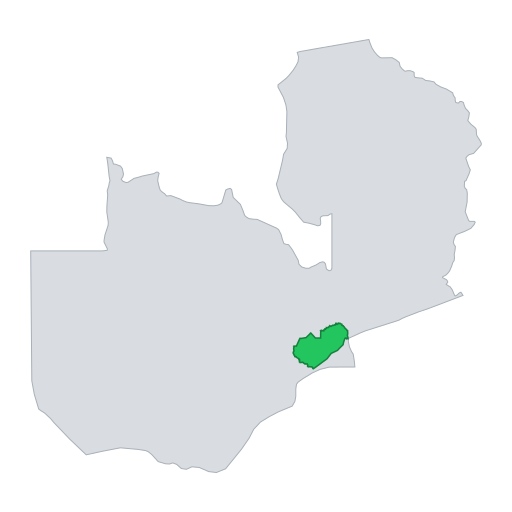 location of Rufunsa, Lusaka, Zambia
{"feature_id": "96606910B83885559265483", "entity_name": "Rufunsa", "entity_type": "district", "adm_level": 2, "iso_a3": "ZMB", "parent_name": "Zambia", "parent_adm1": "Lusaka", "projection": "robinson", "projection_center": [29.511, -15.164], "detail": "fine", "context": "in_parent", "style": "filled", "palette": "green", "viewbox_px": 512, "rotation_deg": 0, "n_neighbors": 0, "source": "geoboundaries", "source_scale": "gbopen_adm2", "svg_char_len": 8229}
<svg xmlns="http://www.w3.org/2000/svg" viewBox="0 0 512 512"><path d="M354.9,367.0L329.3,367.1L320.0,369.4L312.4,372.9L303.3,378.4L298.0,382.2L296.5,384.3L295.8,389.0L295.8,396.2L294.9,401.4L292.2,406.1L278.3,411.9L269.3,416.6L260.4,422.1L253.7,429.3L249.1,438.2L241.5,449.2L225.6,468.8L216.4,472.5L208.7,471.6L199.3,467.5L191.9,466.8L186.4,469.3L181.3,468.5L176.7,464.4L172.8,462.9L169.6,464.0L165.6,463.8L158.2,461.6L151.8,454.6L148.3,451.7L145.6,450.6L138.0,449.4L120.4,447.8L102.2,451.3L86.2,454.8L69.8,439.2L54.0,422.7L50.6,418.6L44.6,413.0L40.3,410.3L38.7,409.0L34.3,394.3L31.8,380.8L30.7,250.9L102.6,250.9L107.2,250.3L107.4,248.9L104.0,242.0L104.2,239.5L105.0,234.8L108.1,225.4L108.3,222.3L106.8,212.0L106.9,206.3L107.7,194.8L107.2,190.9L108.8,185.7L109.4,182.2L110.0,180.7L109.2,176.8L107.7,163.0L106.8,157.3L111.1,158.1L112.6,161.0L113.4,164.0L115.4,164.2L120.5,166.1L122.3,168.6L123.5,174.1L122.8,176.9L121.2,179.2L122.8,181.2L126.2,182.6L128.2,182.2L134.0,178.4L139.3,177.0L142.0,176.1L153.9,173.6L156.3,172.2L157.9,172.2L159.1,173.3L158.1,177.2L157.7,180.7L159.2,187.2L160.3,190.3L162.8,192.5L164.6,193.7L166.6,196.0L170.8,195.6L179.9,199.0L182.7,200.5L186.5,202.0L189.2,202.6L198.6,203.8L208.5,205.6L213.6,205.8L217.3,205.3L219.8,204.4L221.4,203.3L222.1,202.4L225.8,190.0L227.7,189.0L230.2,188.4L231.6,189.5L233.2,197.4L240.4,204.4L242.9,210.4L244.7,215.5L246.2,216.9L249.0,218.6L253.3,219.2L257.2,219.4L276.5,228.1L278.6,229.6L281.0,234.3L282.4,239.5L283.9,243.6L286.4,244.4L288.6,244.7L290.8,247.6L292.5,250.0L298.2,260.3L299.0,264.3L301.8,267.0L305.6,268.2L309.0,268.3L311.0,267.1L316.0,265.0L319.8,262.6L322.6,261.8L324.3,262.3L325.5,264.0L326.4,269.0L329.1,270.8L331.1,270.1L331.9,268.1L331.9,267.1L331.9,213.7L330.1,214.1L327.9,215.6L322.8,215.8L320.8,216.9L320.2,218.6L320.6,220.8L320.7,223.8L320.0,225.3L317.7,225.8L314.5,224.7L308.6,223.1L303.7,222.2L300.2,218.2L295.4,212.2L292.3,209.1L284.8,202.8L283.5,201.6L281.3,198.6L279.3,193.6L277.4,187.8L276.4,184.1L278.2,178.5L282.6,160.0L283.6,154.2L287.2,148.4L287.5,143.1L286.0,136.4L286.4,132.7L286.9,111.5L285.9,104.8L283.4,97.4L278.0,87.1L278.0,84.9L286.3,78.2L288.8,75.6L293.2,70.2L296.1,65.6L298.0,61.8L298.6,57.0L297.2,52.4L300.1,51.5L368.9,39.5L369.9,42.7L372.0,48.0L374.4,51.8L377.3,55.2L379.8,57.3L381.5,57.9L392.1,57.7L395.9,59.8L399.2,62.4L400.1,66.4L402.2,69.0L404.6,71.0L405.6,71.2L407.3,70.7L410.2,70.7L412.8,71.6L414.1,72.4L414.2,75.8L415.0,77.4L418.6,77.9L422.2,78.2L425.7,80.5L429.6,80.9L434.0,81.9L436.0,84.3L440.7,86.9L446.5,89.1L452.8,92.9L452.9,94.1L454.0,96.3L455.1,97.9L455.2,100.2L455.7,102.4L457.3,102.9L458.6,103.0L459.9,101.5L461.6,101.5L463.4,102.5L464.1,105.0L465.5,108.4L467.8,110.7L469.4,112.9L468.8,116.9L467.8,120.6L471.0,124.3L475.1,127.7L476.2,129.3L476.5,134.4L477.1,136.1L479.9,140.4L481.3,143.3L481.2,144.9L473.6,153.4L469.0,154.7L467.0,156.4L465.8,158.2L468.7,166.6L470.3,169.8L469.0,173.9L466.0,180.7L464.6,181.3L464.3,186.4L465.2,188.3L466.7,189.8L467.3,193.3L467.1,202.0L465.2,211.8L468.6,220.4L469.7,221.4L474.4,221.4L475.2,222.2L474.1,224.6L470.8,228.4L464.8,231.3L456.3,234.6L454.5,237.7L453.3,242.2L454.2,244.9L455.4,246.4L455.0,250.4L454.2,254.5L454.5,257.8L454.1,260.7L453.0,262.1L451.5,266.5L449.6,270.9L448.1,272.9L446.0,275.0L442.6,276.8L442.6,277.7L446.5,279.7L447.5,281.1L447.8,282.1L446.2,284.3L448.0,285.6L450.1,286.8L452.2,289.7L454.5,295.2L454.9,295.8L455.6,295.8L456.8,295.2L459.2,293.0L460.9,292.2L463.0,295.4L427.2,309.0L418.8,311.8L406.3,316.6L402.2,318.4L398.9,320.2L365.6,330.8L360.4,332.9L348.6,338.3L348.3,339.2L348.4,341.7L349.4,346.8L351.5,351.5L353.2,354.1L354.3,361.0L354.9,367.0Z" fill="#d9dde1" stroke="#a8b0b8" stroke-width="1"/><path d="M293.9,346.2L294.0,346.6L293.9,346.7L294.1,346.8L294.0,347.1L294.0,347.3L293.8,347.6L293.7,348.0L293.7,348.3L293.6,348.6L293.7,348.8L293.7,349.1L293.8,349.4L293.8,349.5L293.7,349.6L293.7,349.8L293.8,350.0L294.0,350.8L294.0,351.0L293.8,351.4L293.7,351.4L293.7,351.5L293.5,351.8L293.4,351.9L293.3,352.0L293.3,352.3L293.2,352.5L293.3,352.6L293.3,353.0L293.4,353.3L293.3,353.5L293.5,353.7L293.5,353.8L293.7,354.0L293.8,354.2L293.9,354.3L293.9,354.6L294.0,354.6L294.2,354.9L294.2,355.0L294.3,355.4L294.5,355.5L294.7,355.9L294.7,356.1L294.8,356.2L294.8,356.3L294.8,356.5L295.0,356.7L295.3,356.4L295.5,356.5L295.9,356.7L296.0,356.9L296.1,357.0L296.3,356.9L296.5,357.2L296.6,357.3L297.0,357.7L297.2,357.9L297.5,358.0L297.8,358.2L298.0,358.2L298.1,358.3L298.3,358.4L298.4,358.7L298.5,358.8L298.8,359.0L298.7,359.1L298.9,359.6L299.1,359.6L299.3,359.7L299.5,359.5L299.6,359.9L299.5,360.1L299.6,360.3L299.6,360.5L299.3,360.6L299.3,360.8L299.5,360.9L299.5,361.0L299.6,361.3L299.6,361.6L299.4,361.9L299.5,362.1L299.8,362.2L300.0,362.2L300.2,362.3L300.4,362.4L300.5,362.4L300.5,362.5L300.7,362.4L301.1,362.4L301.5,362.5L301.6,362.4L301.9,362.3L302.0,362.3L302.3,362.2L302.4,362.3L302.7,362.5L302.9,362.4L303.1,362.6L303.3,362.6L303.5,362.6L303.6,362.9L303.6,363.0L303.9,363.2L304.0,363.4L304.6,363.9L305.0,363.7L305.3,363.8L305.3,363.7L305.5,363.7L305.6,363.8L305.6,364.0L305.8,364.1L306.2,363.9L306.6,363.9L306.8,364.0L306.9,363.9L307.2,363.9L307.3,364.4L307.3,364.5L307.5,364.8L307.8,365.0L307.7,365.4L307.6,365.6L307.6,365.8L307.5,366.2L307.6,366.3L307.6,366.2L307.8,366.3L308.2,366.4L308.3,366.4L308.6,366.6L308.8,366.6L309.0,366.7L309.6,366.7L309.9,366.8L310.0,366.7L310.4,366.8L310.5,366.8L310.9,366.9L311.2,366.8L311.3,366.9L311.6,366.9L311.9,366.9L312.2,367.0L312.3,367.2L312.4,367.4L312.4,367.6L312.5,367.8L312.7,367.7L312.8,367.7L313.1,368.3L313.4,368.4L313.4,368.5L313.1,368.7L313.2,368.8L315.2,367.5L321.6,362.8L321.8,362.6L325.8,359.7L327.1,358.7L331.2,353.4L337.5,350.4L339.5,348.2L340.7,347.0L343.0,344.8L343.1,344.7L343.7,341.9L344.8,338.7L345.2,338.1L345.3,338.1L345.6,338.2L345.8,338.3L345.8,338.2L346.0,338.1L346.2,338.3L346.2,338.2L346.3,338.2L346.3,338.3L346.5,338.4L346.7,338.6L346.8,338.5L347.0,338.5L347.2,338.4L347.3,338.4L347.4,338.5L347.5,338.4L347.6,338.5L347.7,338.4L347.8,338.5L348.0,338.6L348.0,338.3L347.8,337.9L347.9,337.7L348.0,337.6L348.0,337.3L347.6,336.6L347.6,335.9L347.5,335.6L347.3,335.2L347.4,334.9L347.6,334.5L347.7,334.1L347.6,333.7L347.7,333.4L347.7,333.2L347.8,333.0L347.6,332.3L347.6,332.2L347.7,331.7L347.4,330.9L347.5,330.7L347.2,330.6L346.9,330.5L346.8,330.3L346.8,330.1L346.8,329.8L346.6,329.7L346.5,329.4L346.3,329.2L345.9,329.1L345.7,329.0L345.5,328.7L345.2,328.5L345.1,328.1L344.5,327.7L344.5,327.4L344.3,327.2L344.2,326.9L344.1,326.7L343.9,326.6L343.7,326.5L343.4,326.2L343.3,325.8L342.8,325.7L342.7,325.7L342.5,325.4L342.1,325.5L341.9,325.4L341.9,325.2L342.0,325.0L342.0,324.9L341.7,324.1L341.4,324.1L340.8,323.9L340.5,323.7L340.1,323.5L340.0,323.3L339.5,323.5L339.3,323.3L338.9,323.3L338.7,323.1L338.4,323.1L338.2,323.1L338.1,323.5L338.1,323.8L337.5,324.1L337.4,323.9L337.2,323.9L337.1,324.0L336.9,324.4L336.7,324.4L336.4,323.9L336.3,323.3L335.9,323.2L335.7,323.4L335.6,324.0L335.6,324.5L335.3,324.6L335.2,324.7L335.1,324.9L334.8,324.8L334.7,324.8L334.6,325.1L334.4,325.2L334.1,325.1L333.9,325.2L333.7,325.4L333.4,325.4L333.3,325.2L333.2,325.2L332.9,325.2L332.9,325.3L332.5,325.3L332.1,325.7L331.9,325.9L331.6,326.1L331.4,326.0L331.1,326.3L330.9,326.4L330.6,326.2L330.2,325.9L329.8,326.4L329.7,326.4L329.5,326.5L329.4,326.3L329.3,326.6L329.1,326.8L328.7,326.9L328.7,327.0L328.4,327.2L328.4,327.4L328.3,327.6L328.1,327.6L327.9,327.5L327.5,327.5L327.4,327.5L327.1,327.7L326.9,327.7L326.8,327.8L326.7,327.7L326.4,327.6L326.4,327.8L326.6,327.9L326.7,328.1L326.5,328.4L326.2,328.4L325.7,328.6L325.5,328.8L325.4,328.8L325.5,329.2L325.4,329.4L325.2,329.4L325.1,329.2L324.9,329.1L324.7,329.1L324.6,329.4L324.3,329.5L324.2,329.6L324.0,329.9L323.7,330.1L323.7,330.5L323.8,330.5L323.9,330.8L323.7,330.9L323.4,330.7L323.2,330.4L323.0,330.5L322.9,330.7L322.5,330.6L322.1,330.8L321.9,330.9L321.7,330.6L321.5,330.3L321.3,330.3L321.3,330.6L321.2,330.7L321.1,330.8L320.6,330.8L320.7,331.1L320.6,338.0L315.4,338.0L310.8,333.0L310.7,333.1L310.6,333.3L310.2,333.4L310.0,333.7L309.9,333.8L309.7,334.1L307.6,336.1L306.1,337.6L301.4,338.4L300.0,338.3L299.9,338.7L299.6,338.9L296.4,346.1L296.0,346.1L295.2,346.0L294.9,346.1L294.6,346.1L294.4,346.2L294.0,346.2L293.9,346.2Z" fill="#22c55e" stroke="#15803d" stroke-width="1.5"/></svg>